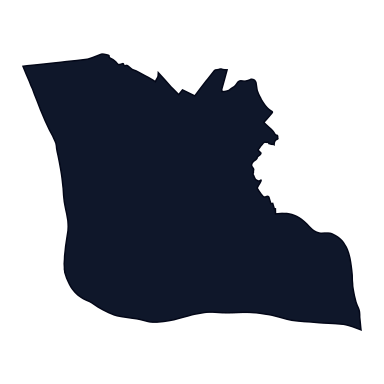 outline of Thi xa Cao Lanh, Ðong Tháp, Vietnam
{"feature_id": "81297802B60372874404879", "entity_name": "Thi xa Cao Lanh", "entity_type": "district", "adm_level": 2, "iso_a3": "VNM", "parent_name": "Vietnam", "parent_adm1": "Ðong Tháp", "projection": "albers", "projection_center": [105.634, 10.46], "detail": "fine", "context": "isolated", "style": "filled", "palette": "ink", "viewbox_px": 384, "rotation_deg": 0, "n_neighbors": 0, "source": "geoboundaries", "source_scale": "gbopen_adm2", "svg_char_len": 5601}
<svg xmlns="http://www.w3.org/2000/svg" viewBox="0 0 384 384"><path d="M64.4,269.5L64.6,270.4L64.8,272.4L65.8,275.5L66.6,278.0L67.9,280.9L69.5,284.3L71.0,287.0L72.6,289.3L74.8,292.0L76.5,293.7L78.1,295.2L81.4,297.5L83.5,298.8L86.6,300.3L89.5,301.5L91.5,302.6L94.9,304.9L98.0,307.0L103.0,309.8L108.6,312.6L113.9,314.8L114.1,314.9L117.2,315.8L121.5,316.6L132.2,318.2L136.8,318.8L140.2,319.5L144.9,320.7L148.0,321.5L150.0,321.9L152.4,322.1L154.9,322.1L157.2,322.1L162.6,321.6L164.3,321.4L169.4,320.6L174.1,319.7L179.1,318.3L183.2,317.2L188.2,315.9L190.2,315.3L191.9,314.8L194.6,314.2L200.4,313.2L204.3,312.5L206.9,312.2L207.1,312.2L209.8,312.1L212.4,312.1L217.3,312.4L222.1,312.7L227.5,312.8L232.8,312.7L237.9,312.5L243.1,312.3L246.6,312.3L250.0,312.4L253.0,312.6L256.7,312.8L257.1,312.9L258.7,313.1L260.9,313.4L265.9,314.2L268.9,314.6L272.0,315.2L279.3,317.1L286.9,319.2L291.9,320.3L297.8,321.0L304.3,321.6L308.4,321.8L310.0,321.9L318.9,322.7L323.0,323.0L327.5,323.2L335.2,323.6L341.1,324.1L343.6,324.3L346.0,324.8L348.7,325.5L352.6,326.7L358.5,328.9L361.0,329.9L360.8,328.3L360.4,324.0L359.7,317.1L359.7,314.8L359.5,312.0L359.1,310.1L358.4,308.1L357.3,305.7L356.5,303.6L355.9,301.9L355.3,299.4L354.4,295.8L353.7,292.2L353.0,288.2L352.7,286.2L352.6,283.8L352.3,280.4L352.2,275.4L351.9,272.1L351.6,269.4L351.1,265.5L350.6,262.1L349.9,258.2L349.3,255.8L348.6,253.2L347.3,249.5L346.2,247.1L344.7,244.7L343.5,242.7L342.2,241.0L340.5,239.3L339.0,238.0L337.7,237.0L335.6,235.7L333.7,234.7L331.7,233.7L331.3,233.6L330.3,233.3L328.4,233.1L324.3,233.1L321.2,233.3L320.4,233.2L320.0,233.2L318.9,232.9L317.6,232.5L316.4,232.1L314.5,231.1L313.1,230.2L311.9,229.2L309.2,226.6L306.9,224.1L304.2,221.6L301.4,219.3L299.0,217.7L296.7,216.4L294.6,215.5L291.9,214.5L289.2,213.9L286.9,213.5L284.6,213.5L282.0,213.4L277.1,213.8L275.5,213.9L275.5,212.8L275.4,208.8L274.2,208.8L274.1,208.1L273.8,207.1L272.7,203.4L270.9,203.7L270.1,201.2L268.9,197.2L268.4,196.6L267.9,196.4L267.5,196.3L267.0,196.4L266.3,196.6L265.7,196.9L264.8,197.0L264.1,197.0L263.3,196.7L262.7,196.0L261.1,194.1L258.8,190.8L257.9,189.3L257.3,188.4L257.3,187.9L257.5,187.3L258.5,185.4L260.1,182.8L261.0,180.9L261.1,180.3L261.0,180.1L260.9,180.1L260.7,180.2L259.7,180.8L259.2,181.1L258.8,181.1L258.2,180.9L256.8,180.3L256.0,179.8L255.5,179.4L255.1,178.8L254.3,177.2L253.6,175.4L252.9,174.3L252.9,174.0L252.9,173.8L253.2,173.2L253.4,172.5L253.4,172.1L253.4,171.6L253.4,171.2L253.4,170.9L253.5,170.5L253.7,169.7L253.6,169.2L253.4,168.6L252.9,167.9L252.0,166.6L251.7,166.0L251.6,165.3L251.6,164.7L251.8,163.9L252.3,162.8L253.2,161.7L254.2,160.8L255.0,160.3L255.9,159.6L256.9,158.5L257.1,157.9L257.2,157.4L257.4,157.0L257.7,156.7L258.3,156.1L259.9,154.9L260.7,153.9L260.9,153.4L260.9,153.2L260.8,152.8L259.6,151.7L258.0,150.0L261.0,145.7L261.6,145.1L262.4,144.2L263.1,143.2L263.7,142.7L264.1,142.5L264.6,142.1L266.3,142.3L266.9,142.3L267.3,142.2L267.9,142.1L267.9,142.3L268.3,142.7L268.9,143.2L269.0,143.6L270.0,143.8L270.8,144.1L271.5,144.3L272.0,144.3L272.8,144.4L273.3,144.4L273.7,144.5L274.1,144.7L274.1,144.1L274.3,143.0L274.5,141.8L275.2,140.7L275.7,140.1L276.4,139.6L277.1,139.3L277.6,139.0L277.9,138.7L277.8,138.4L277.7,137.6L277.7,136.5L277.6,136.3L277.5,135.7L277.1,135.3L276.4,135.2L275.9,135.0L275.4,134.7L274.8,134.0L273.8,132.3L272.9,131.1L271.8,129.9L271.5,129.6L271.1,129.2L270.7,128.8L269.5,127.8L268.4,126.8L265.7,124.3L263.8,122.4L266.6,119.3L270.7,114.5L271.6,113.5L272.3,112.5L272.4,112.1L272.3,111.8L271.9,111.4L271.2,111.0L269.9,110.1L268.7,109.2L267.4,108.0L266.4,106.9L265.2,105.5L263.6,103.2L262.6,101.7L261.3,99.6L260.7,98.2L259.5,96.0L258.5,93.9L257.5,91.3L257.2,90.5L256.9,88.8L256.3,84.6L256.0,82.7L255.7,81.9L254.8,80.5L254.5,80.2L254.0,79.9L253.4,79.6L252.1,79.3L251.2,79.2L250.8,79.3L250.2,79.7L248.8,80.2L247.6,80.6L245.4,81.1L244.8,81.2L243.5,81.1L241.2,80.8L240.4,80.8L239.9,80.9L239.0,81.3L238.5,81.6L237.8,82.2L237.1,83.2L236.4,84.2L235.5,85.4L234.3,86.6L231.7,88.2L230.2,89.3L229.9,89.7L228.6,90.5L228.2,90.6L226.9,91.0L225.7,91.3L224.5,91.5L223.4,91.6L222.1,91.6L221.9,90.5L221.7,89.4L222.1,88.0L224.3,80.1L227.1,69.8L226.7,69.8L226.1,69.8L224.2,69.7L223.4,69.6L222.4,69.4L221.3,69.0L220.5,69.0L220.1,69.0L219.3,69.3L218.6,69.5L216.8,69.8L215.7,69.9L214.8,70.3L214.4,70.6L207.4,79.5L206.5,80.5L200.1,88.8L194.8,95.9L182.5,89.9L178.7,94.6L173.0,88.8L171.2,87.1L164.7,79.7L158.3,72.7L158.1,76.0L157.7,77.3L156.3,79.7L155.3,81.7L153.1,80.2L150.7,78.8L148.5,77.5L145.2,75.8L138.4,72.1L135.9,70.8L134.7,70.4L133.1,69.8L132.0,69.3L131.0,68.5L128.6,66.5L127.6,65.7L127.0,65.5L126.7,65.4L126.4,65.4L125.8,65.5L125.1,65.9L124.7,65.9L124.1,65.6L123.8,65.1L123.6,64.3L123.3,63.8L123.2,63.7L122.9,63.6L121.9,63.9L120.3,64.4L119.0,64.6L118.5,64.6L118.1,64.4L117.6,64.0L116.7,63.0L115.7,61.8L114.0,60.4L113.0,59.6L111.5,58.8L110.1,58.1L109.3,57.4L109.1,57.0L109.1,56.6L109.1,56.0L109.0,55.7L108.7,55.4L108.0,55.1L106.4,54.7L104.4,54.3L103.0,54.1L101.8,54.1L101.0,54.3L92.5,57.6L88.6,58.9L87.5,59.2L83.5,59.7L77.0,60.5L65.9,61.6L60.5,62.3L54.6,62.9L46.3,63.8L37.8,64.7L30.8,65.4L27.4,65.7L24.4,66.1L23.0,66.3L26.2,74.1L29.3,81.2L31.0,85.6L32.5,88.8L34.4,94.1L37.4,101.6L40.5,109.7L45.2,120.8L49.5,130.0L52.7,135.9L53.7,138.2L55.0,141.0L55.7,142.7L55.9,143.2L56.4,145.8L56.6,148.2L57.1,151.2L58.1,155.7L59.3,161.7L60.6,168.8L61.5,174.3L62.0,177.9L62.3,180.4L62.6,183.3L63.2,188.6L63.6,195.2L63.9,198.0L64.3,201.7L64.9,205.1L65.8,209.7L66.7,213.7L67.9,220.7L68.1,223.9L68.2,226.6L68.0,230.7L66.9,237.8L65.6,246.5L65.2,250.6L64.6,256.0L64.5,259.1L64.2,263.7L64.4,267.2L64.4,269.5Z" fill="#0f172a" stroke="#020617" stroke-width="1.5"/></svg>